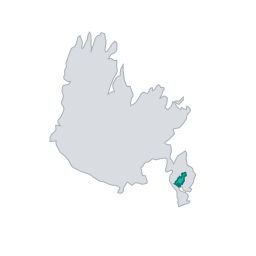 Letterkenny Lea-7, Donegal, Ireland shown in context, rotated 125°
{"feature_id": "5873133B45829912982707", "entity_name": "Letterkenny Lea-7", "entity_type": "district", "adm_level": 2, "iso_a3": "IRL", "parent_name": "Ireland", "parent_adm1": "Donegal", "projection": "orthographic", "projection_center": [-7.823, 54.956], "detail": "fine", "context": "in_parent", "style": "filled", "palette": "teal", "viewbox_px": 256, "rotation_deg": 125, "n_neighbors": 0, "source": "geoboundaries", "source_scale": "gbopen_adm2", "svg_char_len": 6337}
<svg xmlns="http://www.w3.org/2000/svg" viewBox="0 0 256 256"><g transform="rotate(125 128 128)"><path d="M156.4,48.2L152.1,51.4L151.5,52.5L150.3,57.2L150.1,58.6L147.4,63.8L145.9,64.9L143.6,65.8L142.2,66.6L140.6,66.2L138.5,66.2L137.4,67.2L137.5,67.9L138.1,68.7L142.0,71.1L141.8,72.1L140.7,73.3L133.7,76.1L131.6,77.8L130.9,78.9L131.6,80.8L137.2,86.4L138.2,87.0L139.0,90.3L143.9,91.7L145.9,93.7L147.7,94.2L151.5,94.0L153.0,94.8L153.9,94.2L154.4,93.1L158.6,89.1L157.2,86.1L161.4,81.0L162.6,81.0L164.6,82.6L166.3,84.7L166.9,87.6L168.5,90.2L169.5,91.1L172.2,91.5L172.9,92.5L172.5,96.3L172.9,97.6L179.8,97.3L182.6,95.6L185.0,95.9L186.2,97.5L186.8,99.3L184.7,100.0L182.6,99.7L181.5,100.8L181.5,103.0L182.3,105.8L183.8,107.8L185.1,112.3L186.1,117.3L187.7,120.3L188.1,124.1L187.9,125.9L188.3,129.3L187.7,130.4L188.2,133.6L191.0,143.6L191.8,151.4L190.5,154.4L188.9,157.2L187.9,160.5L187.1,164.1L186.7,169.9L183.1,176.8L181.5,178.5L179.7,179.5L183.8,184.2L180.6,186.4L177.0,187.1L172.9,186.0L170.4,186.2L167.3,188.7L166.6,188.2L165.0,184.4L164.0,188.4L161.7,189.7L157.7,189.4L151.1,190.6L148.6,191.7L147.5,193.5L146.7,195.6L145.7,196.8L144.5,197.4L139.4,199.0L138.4,199.6L136.0,202.9L132.9,204.8L130.3,205.4L128.0,203.4L127.1,202.2L126.0,201.7L122.5,201.7L123.6,202.3L124.3,203.7L124.7,206.3L124.3,208.9L122.5,210.2L120.4,210.4L117.1,213.0L112.8,213.7L110.4,216.1L95.9,220.0L95.1,220.0L93.1,218.9L91.0,218.4L88.8,218.7L82.7,220.9L79.8,220.3L83.7,214.7L88.8,211.9L89.3,211.1L87.7,210.7L78.1,212.4L74.8,214.1L71.5,214.5L73.1,211.9L77.4,208.4L81.2,206.2L82.8,204.1L87.3,201.8L72.8,206.3L69.1,205.6L68.2,204.2L65.2,204.7L64.2,201.4L68.8,196.5L71.4,194.4L74.4,193.3L77.3,191.7L78.5,189.7L77.1,189.0L68.5,189.2L64.4,188.6L64.6,187.0L65.5,185.2L69.8,182.3L72.2,181.8L74.2,182.2L77.8,184.1L82.7,183.7L80.7,181.7L80.5,177.6L79.0,176.2L81.0,174.4L83.3,173.3L87.1,169.6L88.5,169.0L95.9,168.3L104.0,166.4L112.0,163.7L107.9,162.1L106.0,160.0L102.8,164.1L100.5,165.7L94.1,166.4L92.1,165.9L89.3,164.5L88.4,165.0L87.6,166.0L83.3,167.9L78.9,168.3L84.1,164.7L90.8,158.5L92.3,156.5L94.5,153.0L93.9,151.5L92.5,150.5L97.4,143.4L99.1,142.2L102.1,142.0L104.3,140.9L105.2,140.9L106.1,140.5L108.1,138.4L105.1,137.0L102.1,136.2L92.6,136.8L91.4,136.6L90.2,135.9L89.5,134.9L88.9,132.4L88.3,131.9L86.1,131.8L84.0,132.5L82.5,132.4L81.1,131.3L83.5,128.9L80.6,128.2L77.5,128.6L75.1,127.7L75.1,126.2L76.2,124.6L74.8,123.1L74.6,121.2L76.2,120.3L77.9,120.7L81.4,119.4L85.9,118.9L82.1,117.4L80.6,116.2L80.6,114.4L80.9,112.9L85.4,110.4L90.2,109.4L89.9,107.6L90.3,105.8L85.5,105.1L80.8,106.3L81.4,102.8L82.6,99.6L82.9,97.5L82.7,95.3L80.5,96.1L80.3,93.0L79.5,90.8L76.2,92.2L76.4,89.3L77.3,87.3L79.1,86.5L80.7,86.9L83.9,87.0L86.9,85.5L91.2,85.3L98.1,85.9L102.8,90.3L104.0,89.5L106.0,86.9L106.9,86.6L114.0,87.9L118.4,89.5L119.6,89.0L119.0,86.0L117.5,83.9L119.5,81.2L121.8,79.4L123.4,78.5L127.0,77.4L128.5,76.3L129.6,72.8L131.3,69.9L122.3,71.4L113.8,67.8L115.2,65.4L117.0,64.0L120.1,63.0L120.4,61.8L122.0,60.7L124.6,58.0L123.7,54.3L124.2,51.7L126.1,50.0L126.7,47.5L127.5,45.7L131.3,45.0L134.9,43.3L140.4,43.1L141.9,43.8L141.5,40.8L144.1,40.4L145.2,41.0L145.6,43.1L146.8,44.5L147.2,46.8L146.4,48.7L145.1,50.1L146.3,51.5L144.4,54.1L146.4,53.0L149.3,50.4L149.2,48.4L148.7,45.8L147.8,43.4L148.2,40.8L149.8,39.2L154.1,38.3L152.3,35.4L153.9,35.1L155.6,35.7L158.1,38.0L163.4,41.2L160.9,44.1L157.7,46.1L156.4,48.2ZM79.9,103.9L79.7,105.3L77.7,103.5L76.7,101.6L71.0,100.5L73.5,98.7L74.6,99.3L78.7,99.5L79.8,100.3L79.9,103.9Z" fill="#d9dde1" stroke="#a8b0b8" stroke-width="1"/><path d="M133.6,53.1L133.5,53.3L133.4,53.5L133.2,53.6L132.9,53.9L132.8,54.0L132.7,54.0L132.5,54.3L132.4,54.4L132.3,54.5L132.3,54.4L132.3,54.5L132.2,54.6L132.3,54.6L132.2,54.7L132.1,54.8L132.2,55.2L132.1,55.3L132.2,55.5L131.9,55.7L132.0,55.8L132.1,56.0L132.5,55.9L133.0,56.3L133.3,56.6L133.5,56.7L133.6,56.9L133.8,56.9L134.0,57.0L134.2,57.3L134.0,57.5L134.3,57.6L134.5,57.6L135.0,57.4L135.1,57.5L135.3,57.4L135.4,57.1L135.5,57.0L135.5,56.9L135.6,56.6L135.7,56.4L135.8,56.4L136.0,56.3L136.3,56.1L136.5,56.1L136.9,56.0L137.0,56.0L137.3,56.0L137.5,56.1L137.7,55.9L137.8,56.0L137.8,55.9L137.7,55.9L137.9,55.8L138.0,55.8L137.9,55.9L137.8,56.1L137.9,56.4L138.0,56.4L138.1,56.5L138.0,56.8L138.2,57.2L138.3,57.2L138.3,57.5L138.4,57.4L138.6,57.5L138.8,57.6L139.0,57.7L139.3,57.7L139.4,57.8L139.5,57.7L139.6,57.8L139.5,58.0L139.7,58.3L140.0,58.2L140.3,57.9L140.5,58.0L140.8,58.0L141.0,57.9L141.3,57.9L141.4,57.7L141.5,57.7L141.8,57.5L142.2,57.6L142.5,57.8L143.0,57.6L143.0,57.8L143.4,57.7L143.5,57.8L143.8,57.7L144.0,57.8L144.3,58.2L144.5,58.2L144.8,58.1L144.9,57.9L145.1,58.0L145.1,57.9L145.3,57.9L145.5,57.9L145.7,57.7L145.9,57.6L146.0,57.5L146.5,57.6L146.9,57.6L147.0,57.7L147.0,57.4L147.0,57.2L146.8,57.2L146.7,57.0L146.8,56.7L146.7,56.6L146.8,56.5L146.7,56.4L146.7,56.2L146.5,55.9L146.5,55.7L146.6,55.4L146.8,55.3L146.8,55.2L146.9,54.9L146.7,54.8L146.5,55.0L146.5,54.9L146.4,54.9L146.4,54.6L146.5,54.5L146.5,54.4L146.6,54.2L146.7,53.9L146.8,53.8L146.8,53.7L147.0,53.4L147.1,53.2L146.9,53.2L146.7,53.0L147.0,52.7L146.7,52.5L146.5,52.8L146.3,52.9L146.2,52.9L146.0,53.1L145.8,53.5L145.7,53.9L145.6,54.0L145.3,54.5L145.0,54.5L144.9,54.7L144.9,54.8L145.0,54.8L145.1,55.0L144.9,55.2L145.0,55.2L145.0,54.9L144.9,54.8L144.9,54.6L145.0,54.5L145.1,54.4L145.3,54.4L145.2,54.2L144.9,54.1L144.9,54.4L144.7,54.5L144.4,54.2L144.5,54.0L144.5,53.9L144.5,53.7L144.8,53.4L144.9,53.2L145.0,53.1L144.9,52.9L145.0,52.9L145.5,52.5L145.4,52.4L145.5,52.4L145.4,52.3L145.3,52.2L145.2,52.1L145.3,51.9L144.8,52.1L144.7,52.2L144.4,52.4L144.3,52.5L144.0,52.5L143.9,52.6L143.7,52.5L143.8,52.7L143.4,52.7L143.1,52.2L143.0,51.8L142.9,51.9L142.7,51.8L142.7,51.7L142.5,51.4L142.4,51.4L142.3,51.5L142.1,51.6L141.9,51.7L142.0,51.8L142.0,52.0L141.9,52.1L141.7,52.1L141.4,51.9L141.2,51.6L140.9,51.6L140.7,51.8L140.6,52.0L140.5,52.3L140.4,52.1L140.4,51.9L140.2,51.7L139.9,51.7L139.9,51.8L139.8,51.7L139.5,51.7L139.3,51.7L139.0,51.7L138.9,51.8L138.8,52.0L138.7,52.2L138.6,52.4L138.5,52.6L138.3,52.6L138.0,52.7L137.9,52.7L137.6,52.8L137.4,52.9L137.2,53.2L136.9,53.3L136.7,53.5L136.4,53.8L136.5,53.8L136.4,53.8L136.2,53.9L136.1,54.0L135.9,54.1L135.7,54.1L135.4,54.0L135.2,54.0L135.0,53.9L134.9,54.0L134.9,53.9L134.8,53.7L134.7,53.7L134.4,53.6L134.2,53.5L134.1,53.4L133.9,53.3L133.9,53.2L133.7,53.1L133.6,53.1Z" fill="#14b8a6" stroke="#0f766e" stroke-width="1.5"/></g></svg>